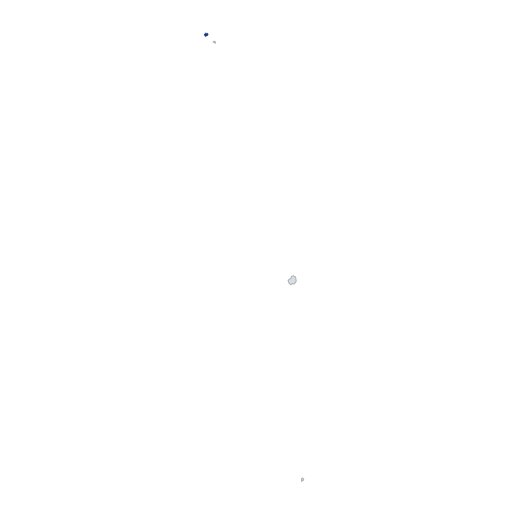 location of Tol, Chuuk, Federated States of Micronesia, rotated 66°
{"feature_id": "79324940B54997452530027", "entity_name": "Tol", "entity_type": "district", "adm_level": 2, "iso_a3": "FSM", "parent_name": "Federated States of Micronesia", "parent_adm1": "Chuuk", "projection": "natural_earth1", "projection_center": [151.62, 7.349], "detail": "fine", "context": "in_parent", "style": "filled", "palette": "blue", "viewbox_px": 512, "rotation_deg": 66, "n_neighbors": 0, "source": "geoboundaries", "source_scale": "gbopen_adm2", "svg_char_len": 1297}
<svg xmlns="http://www.w3.org/2000/svg" viewBox="0 0 512 512"><g transform="rotate(66 256 256)"><path d="M296.4,235.9L294.1,236.9L291.2,236.5L290.3,232.8L289.0,231.8L289.3,229.9L291.3,228.4L295.5,229.6L297.1,232.3L296.1,234.0L296.4,235.9ZM34.7,211.7L34.3,212.3L31.9,212.0L31.6,211.7L31.8,211.4L33.0,211.1L33.1,210.3L32.5,210.1L33.0,209.7L33.9,209.6L34.5,210.1L34.8,210.9L34.7,211.7ZM480.0,303.6L480.4,305.9L477.9,304.8L477.6,304.0L479.0,303.2L480.0,303.6ZM43.8,207.7L43.2,208.0L42.8,207.8L43.0,206.6L43.2,206.2L43.8,206.1L45.0,206.5L43.8,207.7Z" fill="#d9dde1" stroke="#a8b0b8" stroke-width="1"/><path d="M33.2,210.4L33.2,210.5L33.3,210.7L33.2,210.7L33.2,210.8L33.3,210.8L33.5,211.0L33.4,210.9L33.3,211.0L33.2,211.0L33.0,211.3L33.3,211.3L33.3,211.5L33.2,211.6L33.2,211.8L33.1,212.0L33.0,212.3L32.9,212.4L32.9,212.5L33.0,212.6L32.9,212.6L33.0,212.6L33.0,212.8L33.3,212.8L33.5,212.8L33.6,212.7L33.8,212.6L34.0,212.5L34.3,212.4L34.2,212.3L34.2,212.2L34.1,211.9L34.0,211.7L33.9,211.6L33.9,211.4L33.7,211.4L33.6,211.2L33.8,211.2L33.9,211.3L34.0,211.3L34.1,211.5L34.3,211.6L34.3,211.4L34.2,211.3L34.2,211.2L34.2,211.3L34.2,211.2L34.2,210.9L34.3,210.8L34.3,210.7L34.2,210.6L34.0,210.4L33.9,210.4L33.8,210.2L33.7,210.2L33.4,210.2L33.2,210.4Z" fill="#3b82f6" stroke="#1e3a8a" stroke-width="1.5"/></g></svg>